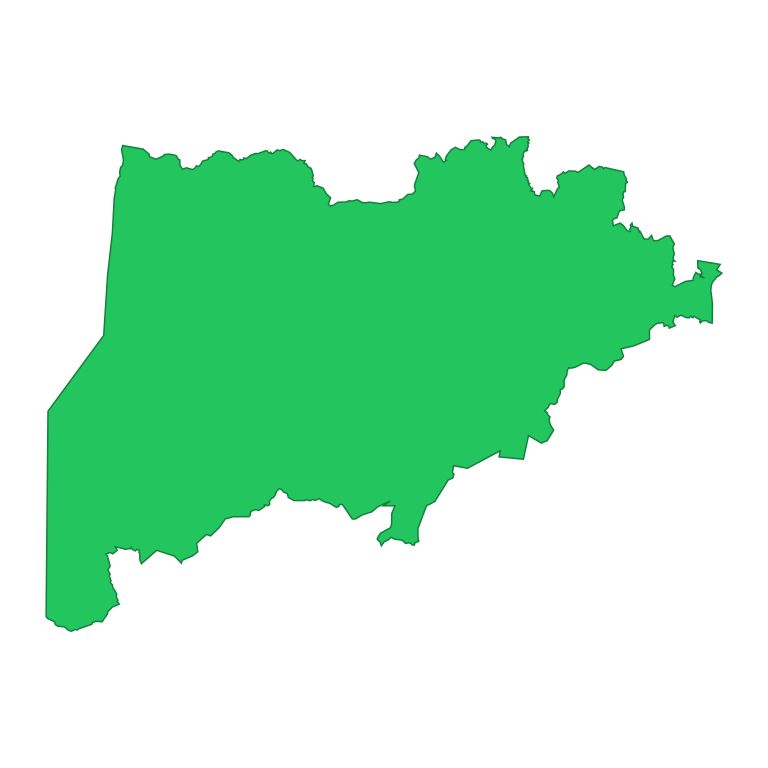 the district of Jiménez del Teul, Zacatecas, Mexico
{"feature_id": "50627088B83504179997220", "entity_name": "Jiménez del Teul", "entity_type": "district", "adm_level": 2, "iso_a3": "MEX", "parent_name": "Mexico", "parent_adm1": "Zacatecas", "projection": "mercator", "projection_center": [-103.888, 23.148], "detail": "fine", "context": "isolated", "style": "filled", "palette": "green", "viewbox_px": 768, "rotation_deg": 0, "n_neighbors": 0, "source": "geoboundaries", "source_scale": "gbopen_adm2", "svg_char_len": 6116}
<svg xmlns="http://www.w3.org/2000/svg" viewBox="0 0 768 768"><path d="M48.0,411.2L46.1,616.3L47.5,618.4L54.4,621.7L55.5,624.7L57.8,626.2L64.4,626.9L68.5,630.4L71.5,631.2L75.1,629.6L77.5,630.0L78.7,628.8L91.8,624.3L92.4,622.5L96.2,621.3L102.1,621.8L107.5,613.9L107.5,612.3L112.1,607.2L119.3,604.1L117.1,601.4L118.0,600.2L116.3,597.1L116.7,594.1L114.3,589.6L112.9,588.5L112.4,584.7L110.3,582.8L111.0,580.8L109.4,576.1L110.1,574.2L107.9,570.0L110.2,566.2L107.5,556.2L106.0,553.9L110.2,552.5L112.7,553.8L117.2,550.3L115.4,546.8L126.0,549.4L128.1,548.6L130.3,548.9L131.1,547.3L132.6,549.6L135.4,550.9L137.2,549.4L139.3,550.3L138.9,552.3L139.6,552.6L139.9,559.9L141.4,563.7L156.8,550.3L174.3,556.0L181.4,563.2L182.2,560.3L193.0,555.6L197.8,551.7L196.6,543.4L206.4,534.5L210.7,535.9L219.3,527.5L225.3,518.9L233.4,516.7L249.0,516.7L250.3,515.1L250.4,512.4L252.0,510.9L254.9,509.7L259.0,510.3L264.6,506.6L264.4,504.9L267.8,505.7L269.0,505.2L269.7,504.2L269.5,500.8L271.6,498.3L273.5,497.5L275.3,495.0L276.4,491.5L279.3,488.6L281.9,489.8L283.5,492.1L287.3,493.5L288.3,497.4L294.0,500.6L304.9,500.6L305.3,499.9L307.0,499.9L310.3,500.8L312.5,499.5L315.4,500.4L319.0,498.7L323.8,501.6L329.9,503.4L336.4,507.4L338.9,506.4L338.9,505.0L340.3,504.4L342.6,504.7L352.3,519.0L355.5,519.0L362.2,514.9L371.7,511.9L377.6,506.9L390.2,501.0L383.5,505.8L394.9,505.8L391.7,513.6L391.6,524.0L390.6,527.6L380.3,533.3L377.2,538.7L377.8,540.0L379.9,541.8L381.3,545.8L384.4,541.6L388.2,539.9L391.0,537.3L394.4,539.1L402.1,540.2L405.5,543.4L408.6,542.8L410.8,543.4L412.2,545.0L414.3,545.1L415.2,542.6L418.8,541.3L418.0,537.6L417.9,528.6L426.5,505.8L434.9,501.4L448.2,480.0L452.8,478.0L454.0,474.3L452.4,472.5L453.6,465.7L467.4,468.3L500.2,450.8L499.1,456.9L523.4,459.2L528.5,435.6L541.4,443.1L547.2,440.7L553.6,430.2L550.1,424.4L549.0,418.5L550.1,417.2L547.6,414.5L547.3,412.7L544.6,410.8L548.1,407.4L549.7,404.2L551.6,403.6L554.3,404.5L557.1,402.5L557.3,399.6L560.3,393.6L560.3,389.5L561.8,389.2L564.1,387.1L564.2,379.7L566.8,375.0L567.2,370.9L568.7,367.6L570.1,368.3L575.1,367.3L583.3,363.2L585.5,363.1L591.0,364.6L598.1,369.8L606.0,370.4L611.8,365.3L614.4,361.1L621.2,359.4L621.2,358.4L622.6,357.7L623.5,356.3L621.0,348.8L633.7,345.9L649.5,339.4L649.5,329.9L654.9,324.7L657.3,323.3L662.8,322.7L663.8,323.5L664.1,326.3L667.4,325.3L669.0,326.6L669.2,328.1L675.3,325.7L672.9,322.1L674.9,315.4L676.9,317.3L680.9,315.1L686.1,317.6L689.3,317.8L690.5,316.1L692.9,317.7L693.8,316.2L700.5,320.1L699.6,321.9L700.4,322.9L702.5,320.9L706.7,320.6L708.4,322.2L712.2,323.2L712.5,304.0L710.8,290.1L711.3,285.7L712.3,282.4L717.6,276.1L718.5,276.2L721.9,273.1L716.7,269.7L720.2,264.4L697.7,260.7L697.9,268.0L700.3,269.6L701.9,273.0L701.2,275.5L703.2,277.4L700.2,276.9L700.2,274.1L698.4,274.3L695.9,272.4L693.3,277.5L693.2,280.3L685.6,281.4L674.7,286.8L672.3,285.1L674.9,278.6L673.4,275.4L673.6,269.7L671.7,266.6L673.0,264.6L672.3,263.9L672.9,261.1L674.9,261.1L673.4,259.7L673.3,256.6L674.3,254.4L672.8,247.4L674.4,244.0L669.8,235.9L666.3,236.0L657.9,240.6L653.4,240.7L651.6,235.4L648.1,239.2L644.1,238.9L640.3,231.8L639.7,231.1L639.2,231.9L637.9,228.0L632.6,226.2L632.0,223.1L630.3,225.2L630.9,226.9L629.8,229.2L630.5,231.1L629.3,231.6L627.1,230.6L623.2,225.4L620.1,223.1L613.3,225.8L612.6,220.3L613.2,219.1L616.9,217.9L619.1,211.6L620.8,210.4L624.2,210.0L624.5,207.6L622.2,200.0L623.6,196.9L622.9,193.7L623.7,192.1L625.3,191.5L625.6,183.1L627.2,182.7L627.4,181.8L626.2,180.9L626.4,178.8L624.0,174.4L623.7,171.8L604.9,167.5L603.4,168.8L602.3,167.1L599.2,166.4L594.6,169.5L588.9,165.0L578.1,172.4L575.3,171.2L569.1,170.9L564.8,173.3L563.4,171.9L561.0,174.2L557.4,175.9L556.7,178.0L558.3,180.4L557.8,182.5L559.3,186.9L557.5,188.7L553.7,196.8L552.5,193.3L549.8,190.6L548.0,190.3L542.0,190.9L539.7,196.1L534.6,194.8L534.4,191.7L531.4,191.1L532.3,190.6L531.1,189.9L532.5,188.3L531.1,188.2L528.5,184.2L529.7,183.7L528.1,182.3L528.5,180.9L527.3,180.1L527.8,178.8L527.0,177.2L526.0,177.1L526.4,175.8L525.4,175.8L523.3,165.8L523.8,164.2L522.0,160.1L522.6,159.5L522.1,158.5L523.6,156.3L523.0,154.9L524.0,152.1L525.8,150.1L526.2,151.0L527.5,150.4L527.1,148.1L528.2,146.9L528.0,143.5L528.9,143.0L527.5,141.8L529.4,140.0L527.8,138.6L528.6,137.7L528.3,136.8L519.4,137.0L510.6,143.2L509.2,146.7L506.5,144.4L505.5,139.7L502.3,139.0L501.9,138.0L500.2,137.2L499.5,138.0L492.0,137.3L492.4,138.2L495.1,139.3L495.9,140.9L494.7,145.4L492.7,146.8L490.6,150.2L486.1,146.9L485.9,145.5L487.4,144.5L486.7,143.2L484.0,143.5L482.8,141.8L480.5,142.2L480.2,140.5L478.7,139.9L471.0,140.7L466.4,146.7L465.0,147.2L464.5,149.6L459.9,149.6L455.5,147.3L451.0,150.0L446.5,155.9L445.2,159.7L446.4,160.5L443.6,162.3L439.5,156.1L436.4,153.1L434.9,157.4L430.5,159.1L427.3,156.7L419.4,155.2L418.9,157.8L416.2,160.0L414.2,163.6L418.8,172.6L414.9,183.7L414.4,186.9L415.3,188.8L415.3,191.1L412.4,194.1L407.9,194.4L402.8,199.1L399.2,199.8L399.2,201.2L398.0,202.1L392.3,202.4L389.2,201.7L380.8,203.6L369.6,202.2L364.5,202.9L362.6,202.7L357.2,199.7L352.6,201.0L348.5,200.8L346.5,202.0L338.2,202.2L333.7,205.0L330.3,206.0L328.4,204.2L330.6,197.8L326.0,193.4L323.2,188.2L317.1,185.7L313.6,186.7L314.2,182.5L312.4,180.5L313.0,178.8L312.3,177.5L313.3,175.9L312.0,171.0L311.0,168.3L307.9,166.8L306.5,164.0L304.0,163.4L305.1,160.6L301.8,160.6L300.0,159.4L298.4,160.7L297.0,160.6L289.7,152.4L283.1,149.4L280.0,150.7L277.0,149.9L273.1,153.4L271.8,153.6L270.7,152.1L269.8,153.1L268.8,152.9L267.2,151.0L265.6,150.8L258.1,153.6L255.6,153.5L251.1,155.0L246.0,158.8L244.0,157.8L243.4,159.4L241.5,160.0L240.0,159.4L238.8,161.5L233.3,157.5L232.4,155.7L228.9,152.8L218.2,150.9L215.8,152.1L214.9,153.6L213.3,153.8L211.8,156.9L208.4,157.6L208.3,159.5L202.7,161.1L199.8,165.7L198.1,166.4L196.3,165.8L195.3,167.7L192.4,169.6L186.5,167.8L182.6,169.2L180.0,165.3L179.8,159.8L178.0,158.9L176.4,155.8L175.2,155.3L169.1,154.1L164.4,154.5L162.9,156.2L156.1,159.2L149.8,156.9L149.0,154.0L143.1,149.1L122.7,145.5L121.6,149.8L123.5,160.4L122.5,165.5L120.6,167.4L119.7,172.1L120.1,176.2L118.1,178.7L115.2,188.4L115.7,189.9L114.2,198.2L112.4,232.9L107.6,274.9L103.7,335.5L48.0,411.2Z" fill="#22c55e" stroke="#15803d" stroke-width="1.5"/></svg>